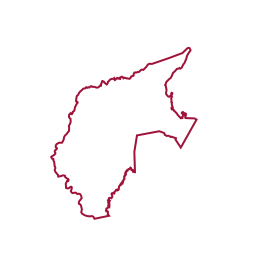 outline of Santa Cruz de Yojoa, Cortés, Honduras, rotated 202°
{"feature_id": "27666195B60496786118463", "entity_name": "Santa Cruz de Yojoa", "entity_type": "district", "adm_level": 2, "iso_a3": "HND", "parent_name": "Honduras", "parent_adm1": "Cortés", "projection": "equal_earth", "projection_center": [-87.884, 14.996], "detail": "fine", "context": "isolated", "style": "outline", "palette": "rose", "viewbox_px": 256, "rotation_deg": 202, "n_neighbors": 0, "source": "geoboundaries", "source_scale": "gbopen_adm2", "svg_char_len": 5759}
<svg xmlns="http://www.w3.org/2000/svg" viewBox="0 0 256 256"><g transform="rotate(202 128 128)"><path d="M99.1,223.4L99.5,223.9L100.8,225.1L101.6,225.1L102.2,224.8L103.0,223.8L105.6,217.9L116.3,208.1L129.9,196.3L131.8,195.8L132.9,194.9L133.4,193.9L134.1,191.1L135.6,187.6L136.8,187.4L137.5,187.0L139.0,183.9L139.8,183.7L140.6,182.8L141.2,182.7L141.8,182.1L142.5,182.1L142.7,181.9L143.0,181.0L143.0,180.1L142.4,178.9L142.4,178.7L142.9,178.1L144.2,177.2L144.5,175.2L145.0,174.2L145.8,174.1L146.5,173.8L147.3,173.8L147.7,173.5L150.2,173.3L150.4,173.2L150.6,172.5L150.8,172.3L151.8,173.1L152.9,173.3L154.3,171.8L154.2,171.3L153.6,170.8L153.6,170.6L155.8,170.1L156.2,170.6L156.8,170.4L157.1,170.0L157.6,168.3L158.1,167.5L158.6,167.7L159.1,168.2L159.5,169.0L160.1,168.1L161.3,167.6L162.8,166.2L163.2,164.6L163.9,163.3L163.6,162.0L164.0,160.4L165.6,160.8L167.0,161.4L167.6,161.9L168.4,161.7L169.1,162.1L169.4,162.0L169.5,161.5L169.3,159.3L169.5,158.2L169.0,157.5L168.9,157.0L169.7,156.7L170.4,155.1L171.4,154.0L172.2,153.7L175.2,153.4L176.8,152.7L177.2,153.0L177.7,153.0L178.3,152.6L179.1,151.0L179.8,151.0L180.9,150.0L181.6,150.3L182.1,150.1L182.4,148.9L184.2,147.7L184.4,147.3L185.1,145.6L186.2,143.4L186.5,142.2L186.7,140.0L187.4,138.6L187.3,137.6L186.5,134.1L185.9,133.1L185.0,133.3L184.4,133.1L184.2,132.4L184.7,130.5L184.9,127.0L184.5,125.6L184.3,124.2L184.4,123.6L185.1,122.6L185.0,120.5L185.2,119.9L185.6,119.6L186.2,119.8L186.7,120.3L187.4,118.8L187.5,117.9L186.9,116.2L186.4,115.7L184.6,114.8L183.5,112.3L183.3,110.5L183.6,107.8L182.8,106.5L182.1,104.7L181.8,103.7L181.7,102.6L182.2,101.5L182.5,99.8L183.4,97.8L183.8,96.5L183.8,95.3L183.3,93.1L183.5,90.4L183.6,89.7L186.4,88.5L188.0,86.5L188.3,85.9L188.4,84.6L187.8,83.2L187.6,82.9L186.5,82.8L186.2,82.4L186.4,81.1L187.2,80.1L187.3,79.5L187.0,78.5L186.1,77.8L185.8,77.2L186.1,75.9L186.6,75.0L188.1,73.0L188.3,72.5L188.3,72.2L186.7,71.1L185.6,71.3L185.1,70.1L183.6,68.7L181.7,65.1L181.0,64.7L180.5,63.9L180.3,63.4L180.3,61.8L179.7,60.8L177.8,59.5L175.3,58.2L174.6,56.9L174.2,56.8L172.9,58.0L172.0,58.3L170.7,59.7L169.2,60.1L168.4,60.0L168.2,59.4L167.6,58.8L165.4,58.3L164.4,58.3L164.0,58.1L163.6,57.5L163.5,56.5L163.7,56.3L164.4,56.4L164.6,56.2L164.8,53.9L164.8,53.0L162.9,49.2L161.6,49.3L160.9,49.6L160.0,50.5L159.3,51.8L158.4,52.3L157.9,51.9L157.5,50.9L157.3,48.0L156.0,47.0L154.7,47.0L153.8,47.7L152.2,48.5L151.5,48.4L150.7,47.9L150.1,47.8L149.1,48.6L148.1,48.8L147.5,48.7L146.0,47.5L145.5,46.9L144.7,45.6L145.2,43.6L145.8,42.2L145.7,40.6L145.4,39.8L144.8,39.2L143.5,39.3L142.6,38.5L140.8,36.1L140.3,35.3L139.8,32.4L139.2,31.9L138.2,31.3L135.4,30.9L133.1,31.0L130.6,31.7L129.8,32.0L128.7,32.7L127.5,32.9L126.6,32.6L125.1,31.3L112.7,39.5L113.5,39.9L114.2,39.4L114.3,39.7L114.1,40.3L114.4,40.4L114.7,41.8L115.1,42.1L115.3,42.9L115.6,43.1L116.0,42.9L116.4,43.2L117.0,42.7L117.2,42.9L117.0,43.3L117.5,43.5L117.5,43.8L117.8,44.6L117.8,45.2L117.2,45.9L117.1,46.5L116.5,46.9L116.8,47.3L116.8,47.5L115.8,47.6L116.0,48.1L115.9,48.7L116.4,49.0L117.0,48.4L117.2,48.6L117.3,49.2L116.8,49.4L116.6,50.0L117.2,50.2L117.0,50.6L117.1,51.0L117.6,50.7L117.8,50.8L117.7,52.4L118.3,51.5L118.5,51.6L118.6,52.2L118.2,52.4L118.2,53.8L118.3,54.0L118.6,54.1L118.8,53.2L119.2,53.1L119.5,53.3L119.5,53.6L118.9,53.9L118.8,54.1L119.3,55.3L119.3,56.0L118.6,56.5L117.4,56.8L117.0,57.1L116.9,57.4L116.8,58.6L117.3,59.1L117.7,59.9L118.5,60.5L118.4,61.6L117.8,61.9L116.3,61.9L116.2,62.2L116.9,62.6L117.0,62.9L116.2,64.1L115.9,66.2L115.5,66.5L114.6,66.7L115.0,66.2L114.7,66.0L113.9,66.6L114.3,67.2L113.9,68.8L114.2,69.7L114.4,70.7L114.1,71.6L113.6,72.0L114.0,72.4L113.9,73.1L113.6,73.3L113.1,73.3L112.9,73.5L113.0,73.8L113.5,74.3L113.1,74.7L113.1,75.6L112.6,75.2L112.3,75.1L112.7,78.6L112.6,79.0L112.3,79.1L112.2,79.4L112.4,80.0L113.3,81.1L113.0,81.6L113.3,82.5L112.7,83.0L112.6,83.4L112.6,83.5L113.1,83.3L113.2,83.5L113.2,84.0L112.7,84.1L112.7,84.4L113.7,84.9L113.7,85.1L113.2,85.6L113.7,86.9L113.6,87.0L113.2,86.7L113.2,87.7L112.9,87.5L112.8,87.9L112.4,88.3L112.3,89.9L112.0,90.2L111.3,90.4L111.0,91.8L110.6,91.5L110.1,91.8L109.8,91.2L109.0,91.0L108.9,90.5L108.3,90.7L108.2,90.2L107.9,90.2L107.5,90.7L107.2,90.7L107.0,90.4L107.0,89.6L106.9,89.4L106.4,89.7L105.7,89.4L105.0,89.7L113.2,108.3L116.9,124.5L97.8,136.7L92.7,136.9L92.5,136.6L91.8,136.2L91.3,135.4L90.2,135.4L89.5,135.1L87.3,136.0L85.0,135.7L84.8,135.8L84.6,136.2L79.7,136.5L79.7,135.1L71.7,129.6L67.6,161.5L69.9,161.8L78.3,158.8L78.8,159.0L79.0,160.0L79.1,161.1L79.4,161.2L79.6,160.9L80.2,161.3L80.3,160.8L80.8,160.6L81.1,160.3L81.4,160.3L81.6,160.0L81.7,158.9L82.1,157.9L81.9,157.7L81.4,157.9L81.3,157.6L82.8,156.8L83.9,157.5L84.2,157.5L84.5,157.7L85.9,158.3L86.2,158.6L86.8,158.7L88.1,159.8L89.9,160.5L90.4,160.9L91.6,161.1L92.4,161.9L93.1,161.9L93.8,162.3L94.0,161.7L94.4,161.7L94.8,162.3L95.3,162.9L95.3,163.1L95.0,163.3L94.0,162.7L93.8,162.8L93.8,163.2L94.6,164.3L96.0,165.9L96.5,166.8L96.7,168.0L97.6,168.3L97.7,169.3L99.1,171.8L98.9,173.0L99.2,173.8L99.9,174.3L100.4,174.2L100.8,173.8L101.2,172.6L101.5,172.4L102.3,172.3L103.0,172.4L105.3,173.7L105.9,174.8L106.1,176.1L106.6,177.9L109.0,181.5L109.4,181.5L109.7,181.8L109.5,183.0L109.7,184.3L109.6,185.3L108.0,189.1L107.4,189.9L107.1,191.1L106.9,192.7L106.9,195.9L105.6,198.6L104.8,201.1L104.2,201.6L103.3,202.0L102.7,202.9L102.0,202.6L101.8,202.6L100.9,203.8L100.6,206.8L100.5,207.3L100.5,207.9L100.1,208.9L99.9,211.2L100.0,212.3L99.8,213.4L100.0,214.3L100.3,217.4L100.1,218.8L99.9,219.3L99.9,220.1L99.1,223.4ZM83.1,163.4L83.8,162.5L83.7,161.9L83.5,161.7L81.8,161.4L80.0,161.8L79.6,162.1L79.4,162.4L79.6,162.9L80.2,163.1L80.6,162.9L81.9,162.9L83.1,163.4ZM100.6,177.1L100.8,176.9L100.8,176.1L100.4,175.1L100.1,174.9L99.8,175.4L99.8,176.7L100.0,176.9L100.6,177.1Z" fill="none" stroke="#9f1239" stroke-width="2"/></g></svg>